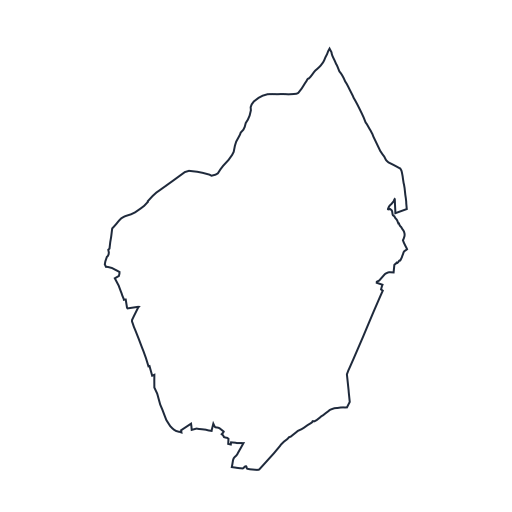 Serbauti, Suceava, Romania (Natural Earth projection), rotated 275°
{"feature_id": "2599482B9399918104506", "entity_name": "Serbauti", "entity_type": "district", "adm_level": 2, "iso_a3": "ROU", "parent_name": "Romania", "parent_adm1": "Suceava", "projection": "natural_earth1", "projection_center": [26.143, 47.819], "detail": "fine", "context": "isolated", "style": "outline", "palette": "slate", "viewbox_px": 512, "rotation_deg": 275, "n_neighbors": 0, "source": "geoboundaries", "source_scale": "gbopen_adm2", "svg_char_len": 5508}
<svg xmlns="http://www.w3.org/2000/svg" viewBox="0 0 512 512"><g transform="rotate(275 256 256)"><path d="M362.0,378.2L362.6,377.5L363.0,377.1L364.9,375.9L366.2,375.1L368.4,373.1L370.4,371.5L371.5,370.6L373.9,369.2L375.4,368.3L382.0,364.4L385.2,362.5L387.7,361.3L388.1,361.0L389.5,360.1L390.8,359.3L392.7,357.9L394.9,356.4L397.2,354.8L397.4,354.6L398.2,353.9L398.5,353.6L403.5,351.1L407.5,348.8L412.3,345.9L415.7,343.8L419.2,341.5L421.5,339.9L422.2,339.4L423.8,338.6L429.9,334.8L432.7,333.1L435.5,331.3L437.7,329.6L439.0,328.9L441.1,327.7L443.5,326.1L445.2,324.8L446.4,323.7L446.8,323.3L447.3,322.9L447.9,322.6L448.5,322.3L449.7,321.7L451.7,320.7L453.3,319.8L454.4,319.0L456.1,318.1L457.9,317.1L459.2,316.3L460.4,315.6L461.3,315.1L462.2,314.6L463.6,314.0L464.8,313.6L465.4,313.5L465.9,313.2L467.0,312.5L468.2,311.7L469.0,311.2L467.4,310.5L466.2,310.0L463.3,309.2L459.9,307.8L457.3,307.0L455.5,306.3L454.5,305.8L451.3,303.8L449.7,302.5L447.6,300.6L445.9,298.9L444.2,297.7L441.5,296.1L439.2,294.6L437.4,293.1L437.3,292.7L437.1,292.3L436.5,291.8L434.6,291.0L432.5,289.8L429.7,288.4L426.8,286.9L423.7,284.9L422.3,284.0L421.8,283.4L421.4,282.6L421.1,281.9L420.5,278.5L419.9,274.3L419.8,270.8L419.5,266.6L419.3,265.2L419.2,264.5L419.1,264.0L418.7,258.0L418.2,253.5L416.3,248.7L413.8,244.8L409.8,240.4L406.7,238.5L403.8,237.7L400.7,238.2L399.3,238.0L395.3,237.4L391.1,236.0L387.6,234.2L383.6,233.5L380.7,232.4L377.6,230.0L375.6,229.5L373.0,228.4L368.2,226.3L364.1,225.4L357.8,224.7L354.6,223.4L349.2,220.2L343.0,215.4L339.2,213.0L335.0,210.8L333.5,208.6L332.1,204.7L333.0,202.5L334.2,195.6L334.8,190.1L335.0,181.8L333.4,177.8L328.7,172.4L323.9,166.9L312.5,153.6L310.6,151.3L306.8,147.8L301.1,143.4L300.5,143.6L296.2,140.2L293.4,137.1L288.9,131.7L286.6,127.8L285.5,125.1L284.3,122.3L283.5,120.9L281.8,118.5L279.5,116.6L277.8,115.4L276.0,114.2L272.6,111.7L271.5,110.8L271.0,110.4L270.0,110.3L264.0,110.1L262.0,110.0L258.4,109.7L257.2,109.6L250.6,109.4L249.3,108.3L246.7,109.1L244.7,109.0L243.1,108.4L242.1,107.5L237.6,106.4L234.5,106.1L232.1,107.5L232.2,109.3L231.5,113.5L229.0,119.5L228.2,121.4L226.4,121.5L224.1,121.1L223.3,119.9L221.5,117.3L214.5,121.8L213.0,122.5L211.1,123.4L209.0,124.4L207.2,125.3L205.3,126.1L203.9,126.8L201.4,128.1L200.9,128.2L201.2,129.3L201.3,130.0L193.3,132.0L192.6,132.6L195.1,143.0L195.1,143.6L194.4,143.1L185.5,139.6L182.3,138.4L181.5,138.1L181.0,138.1L179.9,138.2L178.7,138.8L174.8,140.5L171.2,142.4L163.0,146.5L155.3,150.2L151.1,152.3L144.6,155.3L136.7,158.5L137.1,159.5L127.7,163.0L128.8,165.1L123.5,165.5L116.1,166.2L110.4,169.5L108.9,170.1L104.0,171.9L99.7,173.5L94.8,176.1L89.4,178.7L84.9,180.9L83.8,181.7L80.8,184.0L78.9,185.5L78.0,186.6L77.1,187.6L75.7,189.6L74.7,191.7L74.6,192.3L74.5,192.9L74.2,194.2L74.2,195.3L74.0,195.9L73.7,197.1L75.9,196.6L83.3,205.9L80.7,206.5L77.2,207.1L78.9,211.8L78.7,214.2L78.7,216.8L78.6,221.0L78.1,223.8L77.9,227.0L79.1,227.1L82.1,227.6L85.2,228.1L82.6,229.6L82.0,230.2L81.8,230.7L81.7,233.0L81.5,233.9L81.1,234.9L78.3,239.1L77.4,238.8L76.8,238.4L76.3,237.9L75.7,237.6L75.5,237.4L74.4,238.9L72.8,239.9L72.5,241.3L72.3,243.2L71.5,244.5L66.4,244.7L66.0,247.3L68.2,247.4L68.2,248.6L68.2,251.6L68.0,253.2L68.5,259.8L63.1,257.4L58.3,255.2L57.0,254.7L55.5,253.8L54.0,252.4L53.3,251.9L52.5,251.4L50.6,250.9L46.6,250.6L43.6,250.3L43.4,254.2L43.3,255.2L43.2,258.0L43.2,261.3L43.8,262.1L44.6,262.7L45.2,263.2L45.6,264.0L45.7,264.4L45.3,264.8L44.0,265.2L43.3,265.8L43.0,268.6L43.0,275.2L43.2,276.9L43.6,277.8L48.2,281.3L61.0,291.0L68.9,296.5L70.3,297.3L73.6,300.1L76.1,302.9L77.4,304.0L78.4,304.7L78.6,305.3L79.2,306.5L80.4,307.7L83.9,311.4L85.4,312.9L86.5,314.8L87.4,316.4L89.0,318.6L92.0,322.1L94.1,325.0L95.0,326.1L95.3,326.4L95.9,326.6L96.2,326.7L96.5,327.1L96.3,328.0L96.4,328.6L97.8,330.7L100.6,333.7L102.0,335.0L103.2,336.7L105.5,339.1L107.7,341.6L108.3,342.2L108.9,342.7L109.7,344.1L110.4,345.6L111.2,347.4L111.6,349.7L111.7,350.5L112.5,353.7L112.8,356.4L112.8,356.9L113.0,359.0L113.1,359.8L118.8,362.1L128.7,360.2L130.0,360.0L142.3,357.6L145.8,356.9L146.2,356.9L150.1,358.0L153.5,359.2L162.3,362.2L184.6,369.6L196.5,373.4L211.1,378.1L226.7,383.3L232.5,385.3L233.6,383.5L236.5,384.0L238.4,384.5L239.8,378.6L240.9,378.6L242.3,380.9L248.7,385.6L249.5,386.3L250.1,387.2L251.1,389.0L251.4,389.9L251.5,390.7L251.6,394.5L259.2,394.6L259.9,395.1L260.3,395.7L261.1,396.3L261.5,396.6L261.2,396.9L261.3,397.3L262.3,398.2L263.8,399.1L264.2,399.7L264.1,400.0L264.9,400.5L265.3,400.6L267.4,401.4L268.8,401.7L270.7,402.3L272.6,402.7L273.7,403.3L274.9,404.8L275.9,405.9L277.2,405.2L279.2,403.9L280.7,403.0L282.2,402.1L284.5,401.0L286.1,401.6L288.8,402.2L290.1,402.2L291.3,402.0L293.2,401.3L294.4,400.5L295.5,399.5L297.5,398.1L298.2,397.2L298.8,396.7L299.7,396.1L300.3,395.8L300.9,395.6L301.1,395.4L301.1,395.1L301.0,394.9L301.8,394.5L303.8,393.5L304.8,392.7L305.8,391.6L306.6,391.0L307.5,390.5L308.1,389.5L308.6,388.8L309.5,388.4L312.1,387.8L313.0,387.4L313.7,386.8L314.1,386.0L314.5,385.5L314.6,385.1L314.6,384.9L314.5,384.7L314.3,384.5L314.0,384.3L314.0,384.1L314.0,383.6L314.1,383.4L314.5,383.4L316.9,384.2L318.5,385.3L319.5,386.3L320.7,387.1L322.4,388.3L323.2,388.6L324.3,388.9L324.8,389.2L324.7,389.3L319.9,389.9L313.4,390.8L310.8,391.1L315.9,402.1L321.5,401.1L323.2,400.9L326.7,400.2L330.0,399.4L336.6,398.1L340.1,397.2L341.5,396.7L345.6,395.7L348.3,395.1L351.8,394.1L353.3,393.6L354.1,393.2L355.0,392.6L355.8,392.0L356.1,391.1L357.3,388.4L358.7,385.1L359.7,382.6L360.7,380.0L361.0,379.5L362.0,378.2Z" fill="none" stroke="#1e293b" stroke-width="2"/></g></svg>